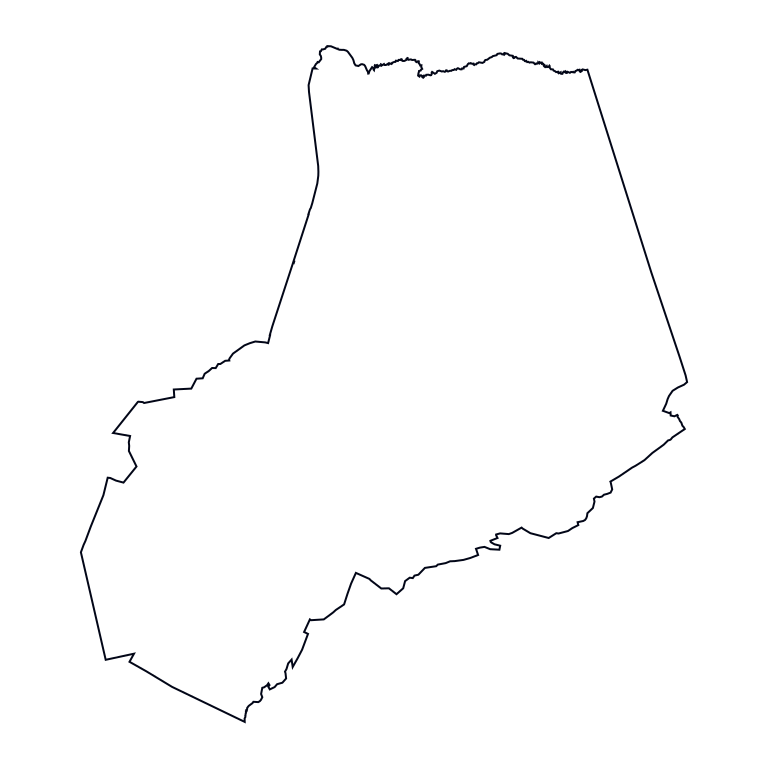 outline of Ādažu pag., Ādaži, Latvia
{"feature_id": "27541924B55238306547203", "entity_name": "Ādažu pag.", "entity_type": "district", "adm_level": 2, "iso_a3": "LVA", "parent_name": "Latvia", "parent_adm1": "Ādaži", "projection": "albers", "projection_center": [24.403, 57.108], "detail": "fine", "context": "isolated", "style": "outline", "palette": "ink", "viewbox_px": 768, "rotation_deg": 0, "n_neighbors": 0, "source": "geoboundaries", "source_scale": "gbopen_adm2", "svg_char_len": 5836}
<svg xmlns="http://www.w3.org/2000/svg" viewBox="0 0 768 768"><path d="M687.1,382.1L685.6,375.4L679.5,356.5L651.3,272.4L587.4,69.7L585.3,70.1L582.6,69.4L581.9,69.8L581.9,70.9L580.5,71.9L579.7,71.4L579.9,70.3L579.6,69.7L578.7,70.0L577.5,69.8L576.7,70.6L575.5,71.0L574.7,72.4L573.8,72.4L573.1,71.8L572.4,72.2L571.1,71.9L569.9,72.8L567.3,71.7L567.0,71.8L567.0,72.8L566.2,73.0L565.5,72.5L565.3,71.5L564.6,72.0L564.0,71.5L563.0,72.4L562.4,73.8L561.1,73.8L560.6,73.3L560.6,72.3L558.7,73.3L558.2,72.8L558.5,72.1L558.3,71.7L556.1,72.1L554.9,71.1L553.6,70.6L552.9,69.4L550.9,69.3L549.5,67.3L549.7,66.1L549.4,65.7L548.9,66.5L547.9,67.1L547.1,66.9L546.8,66.1L546.0,67.1L545.3,67.1L544.9,66.0L544.3,66.4L544.0,66.1L543.7,65.6L544.1,64.7L543.4,64.4L543.2,63.8L541.9,63.9L541.8,63.5L542.1,63.0L541.8,62.5L540.9,62.8L539.9,62.3L539.8,63.1L539.4,63.5L538.2,62.3L538.0,63.3L537.6,63.6L536.3,63.4L535.8,64.1L535.0,64.2L533.5,62.6L530.7,62.3L529.5,62.6L528.2,61.8L527.2,62.1L526.2,60.9L525.6,61.3L524.8,61.1L524.1,59.9L522.9,59.7L522.3,58.8L517.7,58.5L516.0,56.9L515.1,57.0L514.4,57.9L513.6,58.1L512.9,57.3L512.8,56.9L513.1,56.3L512.8,55.8L509.4,55.3L507.7,53.8L504.4,53.0L504.2,53.2L504.7,54.2L504.1,54.8L503.4,54.2L502.2,54.4L501.5,53.7L500.1,53.4L497.4,53.9L496.6,55.2L492.9,56.1L491.7,57.1L489.9,57.7L487.3,59.7L485.4,60.0L484.8,60.6L484.3,61.9L482.5,62.9L478.9,62.3L477.8,63.2L476.9,63.3L476.3,64.3L474.9,64.3L474.2,65.0L473.6,64.6L473.4,63.6L472.1,63.8L470.7,63.1L470.0,63.6L468.9,63.3L467.9,64.1L466.7,66.2L464.1,66.9L463.6,68.5L462.1,68.4L461.7,69.3L460.2,69.3L457.9,68.2L457.0,68.7L456.2,69.8L454.6,69.2L453.7,70.0L452.2,70.1L451.4,70.8L449.9,70.8L448.1,71.5L447.3,71.3L446.7,70.3L446.1,70.3L445.3,71.6L444.7,71.8L443.1,71.2L441.9,71.5L439.3,70.6L437.3,71.2L436.6,72.8L434.9,73.8L432.1,71.9L431.7,72.4L431.7,74.1L431.2,75.1L430.4,75.3L428.4,74.7L426.3,74.8L425.9,75.7L423.7,75.6L423.4,75.9L423.9,77.0L423.2,77.7L422.3,77.1L421.8,75.8L421.2,75.3L420.3,75.3L419.5,76.6L418.1,75.6L418.1,75.1L418.5,74.1L418.4,73.3L418.8,72.4L419.0,71.0L420.7,70.5L421.1,69.6L422.2,68.9L421.3,67.1L421.4,65.3L420.2,65.5L419.7,64.2L418.7,63.2L418.6,62.7L418.9,62.0L418.8,61.3L418.1,61.2L416.5,62.1L415.6,61.4L415.5,60.3L415.0,59.8L412.1,60.0L410.9,59.4L408.3,59.8L407.7,59.2L407.7,58.1L407.4,58.0L407.1,58.5L406.5,58.8L406.2,60.0L404.5,60.9L402.9,61.0L401.4,60.2L401.8,59.5L401.6,59.2L400.6,59.4L400.0,60.0L398.6,59.9L397.9,61.0L395.9,60.7L395.4,61.9L394.4,61.9L392.3,62.7L392.1,63.5L391.6,63.8L391.4,63.3L389.8,63.9L389.0,63.1L387.9,63.8L388.1,64.6L387.1,64.3L385.9,65.0L384.7,65.0L384.0,64.0L382.6,65.1L381.3,64.5L381.5,65.4L381.2,65.8L379.8,65.3L379.2,65.5L379.4,65.7L378.2,66.2L378.0,67.2L377.7,67.4L376.4,67.3L377.3,65.8L377.0,65.0L375.5,65.5L374.9,65.2L374.7,65.7L375.2,67.4L374.2,68.9L374.0,70.1L373.5,69.5L373.4,67.9L372.1,67.1L369.4,71.2L368.7,73.5L368.2,73.6L367.9,71.7L367.0,70.4L365.1,66.0L364.1,64.8L362.2,64.2L361.0,64.3L358.4,66.0L355.6,65.4L354.3,63.4L353.4,60.1L352.3,57.8L347.9,51.8L346.6,50.7L344.0,49.9L339.7,49.8L338.2,49.3L337.8,48.6L337.0,48.8L331.0,46.3L327.4,46.1L327.4,46.7L326.1,47.2L325.3,48.7L323.1,49.4L321.8,49.4L320.9,51.2L320.0,51.4L319.8,54.4L320.8,55.9L321.2,57.6L321.2,59.1L318.7,62.3L317.6,62.0L317.2,62.9L315.9,64.1L314.1,67.2L315.9,68.5L312.6,68.4L308.6,85.1L309.0,91.9L318.2,166.0L318.4,171.8L318.3,175.7L317.3,183.5L312.3,203.1L310.8,208.0L310.0,209.3L308.4,214.2L308.7,214.3L293.3,262.0L294.1,261.9L293.7,263.2L293.0,263.0L272.3,326.4L269.8,335.1L270.1,335.2L268.1,343.1L265.2,342.4L255.3,341.5L249.8,343.2L244.4,345.4L233.0,353.6L229.7,358.2L229.1,359.5L229.3,360.5L225.2,360.8L220.3,364.0L218.2,364.0L215.7,368.1L212.1,368.0L208.8,371.0L204.7,373.7L202.7,378.3L196.5,378.7L191.3,388.6L173.8,389.5L174.3,397.1L144.1,403.0L142.8,402.1L138.3,401.7L137.8,402.0L113.1,433.0L130.1,436.0L128.8,442.3L129.2,445.9L128.9,451.0L136.5,466.5L123.5,482.6L116.0,480.6L110.3,478.0L107.7,477.7L103.4,495.2L90.8,526.5L85.4,541.0L83.6,544.9L80.9,552.3L105.7,659.8L134.0,653.7L129.5,661.8L146.3,671.3L172.1,686.9L244.7,721.9L244.6,718.5L245.4,716.9L245.3,715.6L245.5,715.4L245.6,713.8L245.9,713.2L245.9,711.5L246.2,711.2L246.4,711.5L246.8,710.7L246.2,710.1L247.1,709.2L247.2,707.9L248.0,706.8L248.8,705.8L252.5,703.1L253.4,701.8L258.3,702.1L259.9,701.1L261.0,699.8L262.3,697.2L261.1,694.0L262.3,687.8L264.1,687.3L267.1,685.2L268.4,683.3L269.5,685.1L268.3,686.7L269.8,689.4L274.6,687.1L277.1,684.2L282.4,682.7L286.1,678.5L285.5,673.1L285.0,671.7L286.5,669.0L288.2,663.4L291.6,659.6L292.7,667.0L297.6,658.3L302.1,649.7L308.0,633.9L304.1,632.0L309.9,619.4L311.0,620.2L323.8,619.4L333.2,612.4L335.8,610.0L344.1,604.4L347.5,593.8L351.1,583.6L355.9,572.9L369.4,578.9L370.8,580.4L381.3,588.5L388.9,588.3L396.5,594.2L403.2,588.3L405.1,581.1L409.7,577.7L412.8,578.1L414.5,575.6L418.4,574.7L424.9,567.9L436.2,566.2L437.8,564.6L445.7,563.1L450.1,561.3L454.7,561.1L463.5,559.9L470.2,558.0L478.1,555.0L476.0,548.8L480.0,547.6L484.5,546.9L490.2,549.2L499.4,549.7L500.2,545.7L494.5,544.3L491.2,542.4L490.6,541.7L490.4,540.8L497.5,538.0L496.1,535.2L496.1,534.5L500.1,533.4L508.8,534.1L512.2,532.9L521.6,527.6L522.7,528.6L530.4,533.2L548.7,538.0L556.3,533.2L558.6,533.5L568.0,531.0L572.3,528.1L578.3,525.1L577.6,522.2L583.2,521.0L585.0,520.0L586.2,518.4L587.0,516.2L587.4,513.2L592.9,508.0L594.5,501.6L593.9,498.6L596.2,496.6L599.4,497.2L601.9,496.6L604.0,494.7L607.2,493.9L610.6,492.6L612.2,489.4L610.7,482.3L610.4,481.6L618.9,476.6L632.1,467.6L635.5,465.8L644.5,460.1L652.3,453.0L663.7,444.7L668.1,440.4L669.8,440.0L670.8,439.4L672.4,437.4L684.8,429.0L683.7,427.1L682.4,425.7L681.3,422.6L679.9,420.9L679.2,419.1L677.7,417.0L677.5,416.1L677.8,415.5L677.3,414.9L674.4,416.3L670.7,415.5L670.5,412.4L669.3,413.1L662.9,410.8L666.2,403.8L667.6,399.2L669.0,396.0L672.6,390.8L677.9,387.5L684.0,384.7L687.1,382.1Z" fill="none" stroke="#020617" stroke-width="2"/></svg>